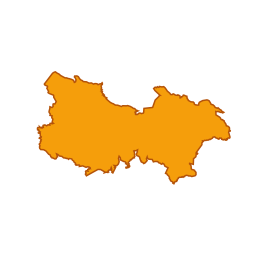 Tulcingo, Puebla, Mexico (Equal Earth projection), rotated 118°
{"feature_id": "50627088B42861355241506", "entity_name": "Tulcingo", "entity_type": "district", "adm_level": 2, "iso_a3": "MEX", "parent_name": "Mexico", "parent_adm1": "Puebla", "projection": "equal_earth", "projection_center": [-98.397, 17.976], "detail": "fine", "context": "isolated", "style": "filled", "palette": "amber", "viewbox_px": 256, "rotation_deg": 118, "n_neighbors": 0, "source": "geoboundaries", "source_scale": "gbopen_adm2", "svg_char_len": 5858}
<svg xmlns="http://www.w3.org/2000/svg" viewBox="0 0 256 256"><g transform="rotate(118 128 128)"><path d="M112.5,218.4L113.3,219.3L115.0,220.3L128.5,222.5L129.1,221.5L128.9,218.8L129.5,218.3L131.0,218.3L132.9,215.4L134.3,215.2L134.5,213.8L134.0,209.2L134.6,208.6L135.7,208.0L138.4,203.8L141.0,203.8L141.8,205.3L142.9,205.1L144.2,204.2L145.6,204.7L145.9,206.9L147.4,206.2L150.4,205.5L151.3,204.9L152.1,203.2L153.5,202.8L152.9,200.8L154.4,200.3L154.9,199.8L155.4,198.5L158.6,197.7L158.9,196.0L159.7,196.7L160.4,198.9L161.5,198.9L162.1,198.4L162.7,200.1L164.2,200.8L164.3,202.9L164.9,203.3L165.3,204.1L165.6,204.2L167.1,203.1L167.3,203.8L168.0,203.6L168.1,204.8L168.7,204.7L168.8,205.4L168.4,206.8L169.1,206.3L169.9,207.8L170.6,207.9L171.9,207.1L171.5,206.1L172.1,205.4L172.5,205.6L172.7,203.8L174.4,204.8L174.5,204.4L173.9,203.0L176.1,201.8L176.5,200.4L177.1,200.3L177.9,201.4L178.6,201.6L178.8,199.6L179.1,199.0L180.0,199.2L180.4,198.7L181.4,199.0L182.3,198.3L183.9,198.8L185.1,197.3L186.2,197.3L187.4,196.4L188.0,194.9L186.8,192.4L186.8,189.7L188.4,185.7L188.4,184.0L189.7,182.6L189.6,181.7L190.1,181.0L189.7,180.3L189.7,178.2L189.3,177.4L188.7,177.0L187.4,177.3L186.5,176.7L184.4,178.9L184.3,177.3L184.9,175.4L184.1,173.0L184.6,170.9L183.9,169.2L183.9,168.2L183.6,168.0L183.2,166.6L183.6,165.9L182.4,165.3L181.7,163.2L182.5,162.0L182.7,160.4L183.4,159.7L183.7,158.0L184.8,157.4L184.6,156.7L185.2,156.4L183.6,153.8L183.7,153.3L184.8,152.9L182.7,150.2L182.4,146.6L181.3,145.6L180.8,144.3L180.8,142.8L181.4,142.3L181.4,143.5L182.3,143.5L182.8,143.1L183.5,144.1L184.5,143.9L184.9,143.2L185.4,144.9L186.5,145.0L187.6,143.8L188.5,144.0L189.0,143.7L189.3,143.1L189.2,142.5L189.6,142.2L178.7,135.1L177.5,132.6L177.7,128.0L178.7,127.9L177.3,126.6L176.8,125.1L176.4,125.3L176.0,124.5L175.0,125.4L174.0,124.9L173.3,123.8L170.9,124.2L172.0,123.0L173.0,123.2L174.0,121.4L174.0,120.9L174.7,121.2L174.8,120.3L169.6,120.4L169.3,121.2L168.5,120.6L167.6,122.6L166.7,120.3L164.3,119.6L161.9,120.0L159.2,122.2L157.1,122.6L157.8,120.9L159.7,119.6L159.6,116.1L159.2,114.4L159.8,113.2L160.6,113.3L160.5,112.4L161.3,110.5L161.0,110.4L162.1,110.1L163.2,110.8L163.6,111.4L164.2,111.2L164.2,110.7L162.5,108.9L161.9,109.3L161.5,108.5L161.0,108.5L160.3,109.2L159.9,110.1L159.1,110.2L159.0,111.4L158.3,111.6L156.1,110.9L154.8,110.9L154.6,110.2L153.2,109.9L152.6,109.4L151.8,109.5L151.3,108.4L150.5,108.9L149.9,108.6L148.5,109.8L147.9,109.9L145.9,111.5L145.6,112.1L145.1,111.9L144.4,110.4L142.8,109.3L145.1,108.5L147.3,108.3L147.9,107.6L148.2,107.0L148.0,105.4L148.2,104.3L150.4,102.1L151.0,100.9L151.5,100.8L151.7,100.4L151.6,98.5L152.0,97.4L150.7,96.5L147.8,95.8L146.6,97.3L144.6,97.5L145.3,96.9L145.8,95.1L144.4,91.8L146.0,89.7L144.9,88.5L143.7,86.1L144.3,84.4L144.0,83.2L144.3,81.6L143.8,81.0L142.9,80.8L143.1,79.1L144.4,77.5L144.3,74.0L150.4,73.6L150.4,71.7L150.9,71.2L151.3,69.5L152.2,68.2L153.2,67.8L153.8,66.4L154.5,65.8L154.7,65.2L154.6,64.1L154.8,62.8L155.6,62.6L155.7,61.3L153.3,61.3L152.3,60.0L151.5,60.4L151.0,60.0L150.4,60.3L148.8,59.9L148.3,60.1L147.5,59.6L146.4,57.7L145.9,57.6L145.9,57.0L145.3,56.8L145.4,56.2L144.9,56.2L144.4,55.2L143.5,55.3L142.4,54.3L141.8,52.6L141.9,51.9L141.1,50.5L140.9,48.9L138.7,46.4L137.8,46.1L137.2,46.1L135.2,47.2L134.5,49.1L134.1,49.4L134.3,51.2L134.7,52.1L134.4,52.9L131.9,54.5L131.3,55.3L130.8,56.8L130.3,57.0L129.4,53.3L124.4,55.7L121.5,54.6L119.0,55.5L118.4,54.5L117.8,54.5L117.6,55.0L118.0,56.1L117.5,56.2L108.1,54.9L106.4,55.8L104.9,55.4L104.4,56.2L104.2,56.0L104.3,55.2L103.0,54.7L102.4,53.3L101.6,52.7L101.2,51.6L99.8,50.8L99.8,50.2L97.4,48.7L96.3,48.7L95.1,47.3L95.5,45.9L95.2,44.3L95.4,43.0L95.0,42.4L93.9,42.4L93.2,40.9L94.0,40.0L93.6,39.3L93.9,38.4L92.8,37.6L93.0,36.5L92.7,35.6L91.9,35.1L91.8,36.1L91.5,36.1L90.7,35.1L89.7,34.9L89.3,33.7L88.9,33.5L88.1,33.7L84.5,37.2L83.8,37.3L83.1,37.0L82.9,36.4L82.4,36.5L82.4,37.6L81.3,37.8L79.9,38.8L79.5,40.8L79.9,42.2L78.6,43.4L77.2,46.0L76.5,46.5L76.6,47.5L76.2,48.4L76.6,48.8L76.7,49.9L75.8,51.0L75.4,52.1L75.1,56.5L72.2,58.2L72.1,57.6L71.0,56.1L71.1,55.7L70.8,55.0L70.9,54.0L70.2,52.5L70.2,51.4L69.2,50.8L69.1,53.0L68.4,54.5L68.6,55.2L67.9,58.0L68.6,58.3L68.9,60.7L68.1,61.9L67.6,64.1L68.0,65.0L68.0,66.0L67.5,66.4L65.9,69.1L65.9,70.7L66.2,71.6L68.7,74.9L70.9,76.5L71.9,77.1L73.5,76.9L74.5,76.4L75.2,77.4L75.9,79.5L75.7,80.7L74.8,81.4L74.4,82.5L75.4,84.9L75.3,87.7L74.6,88.5L74.3,89.5L72.3,91.0L72.7,92.1L72.6,93.3L73.0,94.6L74.4,94.6L74.9,94.8L75.2,95.4L76.3,95.5L76.9,96.1L75.3,97.2L75.2,98.8L75.5,99.1L75.4,99.6L76.0,99.8L76.7,101.5L76.5,103.6L76.7,104.2L77.8,104.7L78.4,106.0L77.6,107.6L77.0,110.5L75.2,113.9L74.7,115.9L75.8,117.3L76.6,119.8L77.4,119.7L77.8,120.1L77.8,121.5L79.0,121.7L79.2,123.2L81.1,123.9L82.3,121.8L84.1,115.1L84.4,115.7L85.5,115.5L90.6,117.1L98.3,115.9L103.2,123.1L106.8,121.5L107.7,121.5L108.9,122.8L109.2,124.6L110.1,125.5L111.5,125.9L112.4,127.3L112.3,127.9L111.9,128.2L111.2,128.1L110.7,129.2L108.2,127.2L108.4,128.3L108.2,128.5L108.6,129.2L108.1,130.0L107.7,131.3L108.2,132.4L107.9,133.7L107.9,136.3L108.4,138.9L109.2,139.8L110.8,143.1L112.1,143.9L112.7,147.8L113.7,149.9L113.5,152.6L113.7,153.2L113.7,155.6L113.0,159.0L112.4,161.1L111.4,160.8L111.3,163.7L110.6,164.0L110.8,164.4L110.1,164.5L110.5,165.6L109.8,165.3L109.5,165.7L109.5,166.7L108.8,167.4L108.8,167.8L107.7,167.8L107.9,169.0L107.2,168.7L106.6,169.4L106.3,169.2L106.3,170.0L105.1,170.1L103.7,171.4L102.9,171.6L101.6,171.1L100.4,171.7L100.2,172.1L101.4,172.3L102.2,173.5L103.8,174.8L103.5,175.8L103.8,177.0L104.4,178.2L105.4,179.0L105.4,181.4L106.7,183.6L106.7,186.2L108.0,189.3L107.6,190.5L107.7,192.4L107.1,194.1L106.0,195.9L106.0,197.5L107.2,199.5L108.1,199.3L108.5,198.2L109.8,196.5L111.8,196.0L112.9,196.8L111.5,198.4L111.5,200.4L112.0,203.0L112.5,204.5L112.5,205.5L113.3,207.2L113.3,212.1L112.8,214.0L112.8,216.7L112.5,218.4Z" fill="#f59e0b" stroke="#b45309" stroke-width="1.5"/></g></svg>